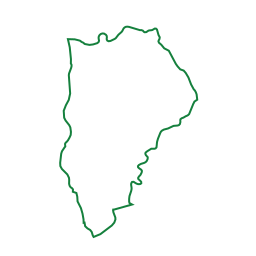 Ardèche, Natural Earth projection, rotated 168°
{"feature_id": "FRA-5267", "entity_name": "Ardèche", "entity_type": "Metropolitan department", "adm_level": 1, "iso_a3": "FRA", "parent_name": "France", "parent_adm1": "", "projection": "natural_earth1", "projection_center": [4.405, 44.824], "detail": "fine", "context": "isolated", "style": "outline", "palette": "green", "viewbox_px": 256, "rotation_deg": 168, "n_neighbors": 0, "source": "natural_earth", "source_scale": "10m", "svg_char_len": 2657}
<svg xmlns="http://www.w3.org/2000/svg" viewBox="0 0 256 256"><g transform="rotate(168 128 128)"><path d="M190.3,41.3L190.2,44.5L191.1,44.5L190.5,47.9L190.3,53.7L190.7,59.4L192.6,66.7L191.9,71.3L192.0,75.2L195.2,77.1L194.6,79.4L195.3,80.8L196.4,81.9L197.1,83.6L197.2,85.7L196.3,89.5L196.1,91.6L197.0,95.2L201.2,101.7L202.1,104.8L201.6,108.0L198.7,116.7L197.7,118.5L197.2,119.2L194.0,122.3L193.2,122.9L192.9,125.5L192.0,126.6L190.7,127.3L189.2,128.5L187.1,130.9L185.5,133.1L184.6,136.1L184.3,140.6L184.9,143.0L187.5,148.3L188.3,151.3L187.3,158.2L184.0,163.2L180.1,167.8L177.4,173.8L174.9,192.0L174.3,193.6L171.0,198.8L170.3,200.4L170.1,201.8L170.5,202.9L169.5,207.2L168.2,219.1L168.3,227.4L161.7,225.8L157.8,223.9L156.9,223.4L156.4,223.0L155.7,222.0L155.2,221.6L154.1,220.8L153.7,220.4L153.4,219.8L152.7,219.1L148.4,217.3L144.8,217.0L140.4,217.4L138.9,218.2L138.2,219.3L138.1,221.6L137.9,222.8L137.4,223.8L136.5,224.8L135.1,225.6L133.5,225.8L131.9,225.4L130.2,223.8L129.7,222.5L129.8,221.2L130.2,220.0L130.4,218.8L130.0,217.7L128.9,216.9L127.0,216.8L122.5,217.9L121.3,218.4L118.0,221.2L114.3,223.3L113.3,224.2L111.6,226.3L110.5,227.0L109.3,227.4L107.7,227.3L106.0,226.7L96.1,221.3L94.4,220.9L93.2,220.1L92.5,218.8L91.8,218.2L90.2,218.0L87.7,219.0L86.4,219.0L85.1,218.8L83.8,218.8L81.2,219.7L80.0,219.4L79.2,218.3L78.8,212.5L78.1,210.2L78.7,208.5L79.6,207.5L80.2,206.5L80.0,205.0L78.1,202.5L76.0,198.4L72.0,195.1L67.9,180.8L66.7,178.0L64.7,174.5L61.6,172.6L60.1,169.9L58.4,164.9L57.2,157.4L55.6,152.0L55.2,151.5L54.8,150.8L54.2,148.8L53.9,146.6L54.4,141.3L57.6,140.0L58.1,139.2L59.0,138.2L65.3,128.9L66.6,128.1L67.9,127.7L69.1,127.5L71.7,126.6L72.8,126.5L73.6,126.3L74.9,125.6L75.3,124.5L75.5,123.0L76.4,121.1L77.5,120.3L78.8,120.1L83.0,120.6L89.0,119.2L93.2,119.0L95.2,118.4L96.5,117.6L97.5,116.4L100.9,111.3L102.3,108.7L102.8,107.4L103.6,104.8L104.2,103.1L105.3,102.3L106.5,102.2L109.5,102.9L113.9,101.3L115.9,100.3L116.4,99.2L116.2,97.9L115.1,95.9L114.9,95.6L114.8,95.4L114.9,94.7L115.3,93.5L116.7,91.7L118.0,90.9L119.5,90.5L122.8,90.2L125.1,89.5L126.2,88.6L126.3,87.5L125.6,86.4L123.7,84.4L123.3,83.1L123.9,81.6L125.6,79.5L127.5,78.2L128.5,77.0L128.5,76.0L126.9,73.7L126.3,72.6L126.5,71.2L127.4,70.7L128.5,70.7L129.8,71.0L130.9,71.6L131.9,72.4L132.9,73.4L133.7,74.2L135.2,74.4L136.0,73.6L136.6,72.6L136.8,71.4L136.9,69.1L137.1,67.9L137.5,66.8L138.0,65.7L140.7,61.1L141.5,58.8L141.8,57.6L142.2,55.6L142.1,54.2L139.9,52.3L158.7,51.1L159.4,51.3L159.7,50.7L159.8,48.5L159.0,43.1L159.3,41.2L161.1,38.3L164.1,36.0L177.1,29.9L184.3,28.6L184.8,30.3L185.1,33.8L186.2,36.1L188.5,38.2L190.3,40.8L190.3,41.3Z" fill="none" stroke="#15803d" stroke-width="2"/></g></svg>